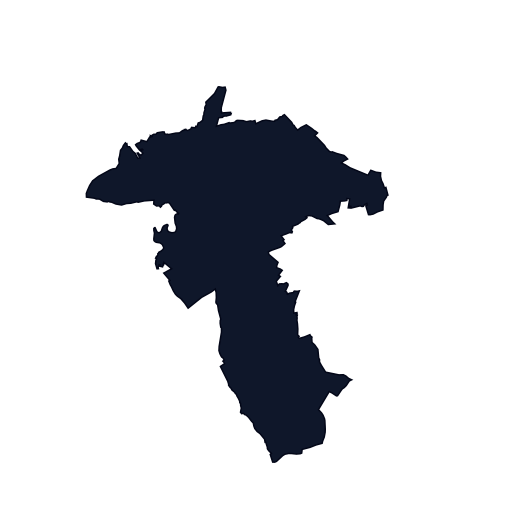 the district of Iernut, Mures, Romania, rotated 311°
{"feature_id": "2599482B14234854366201", "entity_name": "Iernut", "entity_type": "district", "adm_level": 2, "iso_a3": "ROU", "parent_name": "Romania", "parent_adm1": "Mures", "projection": "natural_earth1", "projection_center": [24.221, 46.434], "detail": "fine", "context": "isolated", "style": "filled", "palette": "ink", "viewbox_px": 512, "rotation_deg": 311, "n_neighbors": 0, "source": "geoboundaries", "source_scale": "gbopen_adm2", "svg_char_len": 6105}
<svg xmlns="http://www.w3.org/2000/svg" viewBox="0 0 512 512"><g transform="rotate(311 256 256)"><path d="M158.0,428.8L160.1,427.7L164.1,426.3L168.2,423.9L170.6,422.0L177.0,415.9L178.1,414.5L179.8,411.1L180.6,408.3L181.0,403.9L201.7,400.2L202.5,403.1L203.2,408.5L204.0,409.2L210.7,408.4L212.4,408.3L214.5,408.9L217.4,409.1L222.9,408.4L225.3,409.4L224.4,406.2L224.4,402.6L223.7,399.8L220.7,396.6L214.0,384.7L216.4,376.9L217.7,373.5L219.5,371.9L220.2,370.2L226.1,364.0L227.4,358.7L227.5,355.0L230.4,352.1L231.5,351.5L231.5,349.3L232.0,348.3L226.8,345.7L222.2,342.7L222.4,341.3L223.7,341.2L223.7,339.6L224.0,339.0L228.3,335.5L232.0,331.8L234.4,329.0L236.1,327.8L237.3,326.5L238.3,326.1L237.7,325.2L238.3,324.6L239.3,325.0L240.2,324.0L237.7,322.0L240.2,319.6L243.6,317.7L247.1,316.3L246.8,315.6L258.1,311.6L256.5,310.4L254.6,307.9L252.8,308.1L250.0,305.7L247.0,304.6L248.2,304.5L248.9,302.6L248.6,301.3L254.8,299.5L255.8,298.6L255.9,298.2L255.8,296.4L252.8,295.0L252.1,293.8L250.2,291.9L247.9,292.0L250.2,287.9L256.6,287.8L256.3,285.6L262.4,285.2L262.1,282.9L260.7,279.2L262.6,277.9L265.7,276.8L265.6,264.7L267.2,262.6L270.5,264.0L278.1,268.3L279.8,269.0L284.4,269.7L285.3,266.0L286.7,266.5L287.7,261.7L295.6,265.9L297.0,267.9L298.2,267.5L298.8,265.6L301.5,265.2L302.3,264.1L307.7,266.8L308.2,266.7L310.2,267.4L311.1,267.2L315.9,269.0L318.1,269.3L318.2,269.9L318.5,269.0L318.2,267.9L320.0,268.5L321.3,269.5L322.9,271.8L324.4,277.7L325.0,278.3L326.0,280.5L327.0,283.9L327.2,289.9L331.9,294.3L332.0,291.5L333.3,283.2L337.9,285.4L343.3,288.8L349.4,285.8L352.7,283.7L355.7,286.7L357.5,288.1L359.0,286.9L360.6,289.2L352.8,294.0L353.7,295.2L355.2,294.2L355.8,295.0L354.6,296.4L362.3,301.8L362.6,303.0L363.5,304.2L364.0,304.5L365.8,304.2L368.4,305.2L367.6,306.5L365.9,306.0L361.0,313.8L362.1,315.1L364.5,316.9L369.0,318.7L374.0,321.6L378.0,318.3L381.2,316.3L385.8,315.8L387.8,315.1L388.5,315.6L393.0,309.0L391.6,308.3L393.9,304.4L395.2,301.2L397.8,297.7L400.6,295.5L397.9,291.5L396.0,286.4L390.4,287.5L384.2,268.9L383.4,263.6L382.2,259.3L385.5,260.0L389.3,261.5L389.6,258.6L389.6,256.4L386.3,249.6L384.7,245.3L384.4,245.4L383.4,243.8L383.1,242.8L383.5,238.0L384.4,235.1L385.1,227.6L385.4,224.1L385.1,221.4L389.3,221.7L389.2,219.0L388.9,219.0L388.8,214.3L388.0,207.9L382.4,205.6L378.3,204.8L378.8,201.2L379.5,199.1L379.2,198.0L380.3,195.2L381.3,184.7L379.6,184.1L378.8,184.5L376.5,182.7L373.0,182.8L370.9,181.3L369.9,181.7L368.4,179.9L365.1,174.3L362.0,171.9L355.7,169.1L357.5,166.3L355.4,165.0L354.2,163.1L351.5,161.0L350.9,160.3L349.7,157.5L346.3,153.1L345.2,152.3L343.9,152.4L342.1,151.7L338.8,148.7L339.0,148.2L334.5,145.6L332.1,143.5L327.9,141.0L335.8,137.1L338.7,139.8L339.1,139.4L340.3,140.0L341.7,141.0L341.9,141.6L346.0,144.3L347.2,143.8L346.8,143.4L347.7,142.5L341.4,136.2L342.2,135.6L341.9,135.2L345.3,132.4L361.4,124.5L363.2,121.9L361.2,120.1L359.4,117.0L358.8,116.5L351.4,118.1L339.2,117.2L337.5,119.2L335.5,119.5L333.9,120.3L333.3,121.3L329.9,122.8L328.5,124.0L327.1,124.3L323.4,126.7L320.1,126.1L318.5,125.1L314.9,126.6L314.5,125.5L312.9,126.0L310.8,123.0L309.1,123.5L306.0,122.2L305.4,121.0L305.6,119.9L304.8,119.7L304.4,118.9L303.3,119.1L302.5,118.3L298.7,117.5L296.1,114.8L290.4,110.4L289.7,109.0L288.7,108.3L288.6,107.7L288.2,107.2L289.4,105.3L288.2,103.9L284.2,100.6L282.2,100.6L280.8,99.0L279.1,98.4L278.3,99.2L277.6,97.3L276.6,98.5L276.1,97.7L270.7,98.6L268.1,93.3L266.6,93.9L265.5,93.9L263.0,92.5L261.0,92.1L260.5,93.4L259.6,98.4L262.0,99.9L261.9,100.9L259.6,99.8L259.6,102.7L259.1,102.8L259.1,103.3L256.6,103.2L256.2,100.3L256.5,99.4L255.7,98.9L253.8,104.1L252.2,102.7L254.2,97.5L254.1,94.5L255.5,88.9L254.1,87.1L256.1,84.8L255.6,84.4L255.7,83.2L252.5,83.4L249.8,84.3L246.9,84.4L242.3,87.3L239.0,88.9L236.1,92.1L230.3,93.0L227.8,90.8L225.2,89.4L212.9,84.9L205.6,83.4L200.1,84.2L194.9,85.8L191.9,86.9L189.2,89.4L193.6,96.1L194.2,98.0L196.3,100.5L197.1,105.0L199.2,108.2L200.5,108.9L201.0,110.4L201.9,111.7L203.3,116.1L206.3,121.1L210.6,123.8L213.7,126.9L218.5,130.3L219.4,131.9L224.3,135.5L231.2,142.4L228.1,144.7L228.5,148.1L230.5,150.2L230.1,151.8L231.5,152.0L233.0,151.5L234.7,152.2L236.5,152.5L237.7,153.9L238.7,154.4L239.1,156.2L236.9,164.4L237.7,164.7L237.2,169.0L237.4,169.6L236.7,169.9L235.6,168.5L234.3,168.2L233.6,168.2L231.7,169.2L227.8,173.4L226.1,176.6L224.4,178.3L221.9,179.3L220.4,179.1L218.4,177.3L217.2,174.9L217.0,173.2L217.8,171.5L219.0,170.4L221.3,169.6L221.7,168.8L221.4,168.1L218.8,166.8L217.5,166.6L215.9,166.9L212.5,168.3L210.4,167.9L209.5,167.0L209.3,165.3L211.2,161.2L210.9,160.9L209.8,160.8L208.2,162.2L206.7,164.3L201.8,167.7L200.7,168.9L200.6,170.4L200.9,171.7L202.9,174.9L203.1,176.1L203.2,177.7L202.0,180.5L201.4,181.1L199.9,181.5L197.8,181.2L195.0,180.2L194.8,180.6L193.3,180.4L193.1,180.8L190.9,181.7L190.5,181.1L188.5,181.7L188.9,182.6L186.9,183.4L184.3,185.2L181.4,189.7L182.4,190.7L183.2,189.6L185.9,188.5L186.3,189.3L185.0,189.8L186.5,192.6L188.4,191.8L188.6,192.1L189.4,191.8L189.2,191.2L190.8,190.6L191.0,200.7L182.6,197.6L181.1,207.1L179.9,206.6L178.1,210.1L177.4,212.2L175.5,216.4L174.3,220.3L174.1,223.0L174.6,228.0L174.4,228.0L173.7,233.0L172.1,239.0L189.2,242.1L199.4,245.8L204.4,246.9L202.2,250.0L198.4,253.5L194.9,256.0L194.3,256.8L193.9,259.2L190.2,263.5L185.2,270.9L183.9,271.3L181.7,273.1L179.1,276.2L179.1,277.1L175.9,279.9L163.6,287.5L160.3,290.1L158.6,292.8L157.5,295.5L157.2,296.6L157.5,297.4L156.6,300.4L154.9,300.0L154.7,301.8L154.1,302.9L149.3,301.6L142.6,317.7L142.0,318.1L141.8,319.0L140.5,320.1L139.9,322.3L139.8,324.0L139.1,325.7L139.2,329.3L138.7,330.5L138.7,332.0L137.8,333.6L137.0,336.1L135.8,338.8L134.6,340.1L134.6,341.1L133.1,342.5L131.6,344.7L127.9,346.8L127.6,348.7L128.9,349.5L129.1,350.2L128.8,351.2L129.5,352.9L129.4,356.2L128.4,361.1L128.2,363.5L126.3,365.9L125.0,368.3L124.3,372.0L124.6,375.5L123.4,382.6L121.6,384.8L122.2,384.9L119.2,389.9L118.0,391.1L117.4,393.3L117.1,397.2L115.6,396.9L111.4,403.8L112.7,405.4L114.4,406.2L122.8,407.1L125.4,407.9L128.4,410.2L130.3,412.5L133.1,416.5L135.8,419.1L137.2,419.8L140.3,417.7L147.0,422.3L152.8,425.3L158.0,428.8Z" fill="#0f172a" stroke="#020617" stroke-width="1.5"/></g></svg>